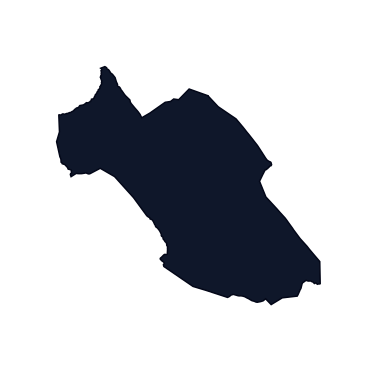 Baruunturuun, Uvs, Mongolia, rotated 49°
{"feature_id": "93677404B97554473591332", "entity_name": "Baruunturuun", "entity_type": "district", "adm_level": 2, "iso_a3": "MNG", "parent_name": "Mongolia", "parent_adm1": "Uvs", "projection": "natural_earth1", "projection_center": [94.759, 49.795], "detail": "fine", "context": "isolated", "style": "filled", "palette": "ink", "viewbox_px": 384, "rotation_deg": 49, "n_neighbors": 0, "source": "geoboundaries", "source_scale": "gbopen_adm2", "svg_char_len": 5784}
<svg xmlns="http://www.w3.org/2000/svg" viewBox="0 0 384 384"><g transform="rotate(49 192 192)"><path d="M345.3,155.4L328.3,141.2L318.0,141.1L312.2,141.0L308.5,140.8L298.1,141.0L287.4,140.2L285.3,139.9L278.4,139.3L275.4,139.0L272.7,138.8L265.1,139.0L260.6,139.0L244.2,139.5L228.2,134.0L225.8,128.4L225.4,127.5L224.3,124.7L223.8,123.8L223.8,123.4L223.6,123.1L223.6,122.8L223.3,122.4L223.5,121.7L223.8,121.3L223.7,120.9L223.8,120.6L223.7,120.2L223.9,119.7L223.9,119.2L223.6,118.1L223.7,117.8L223.8,117.5L223.7,117.2L223.5,116.9L223.5,116.5L223.6,116.0L223.8,115.7L224.0,115.3L223.9,114.9L223.8,114.4L223.6,114.0L221.5,113.0L220.8,113.1L219.2,113.9L217.1,114.4L214.6,114.2L204.3,112.7L202.1,112.4L199.9,112.1L186.8,111.4L182.8,111.3L176.9,111.0L165.7,110.8L163.0,111.5L160.8,112.1L144.8,116.3L131.4,116.8L130.1,116.9L129.9,116.7L129.8,116.8L112.4,126.6L113.6,141.5L109.8,144.8L109.6,148.8L106.7,153.4L104.8,172.0L103.0,181.3L99.4,180.3L95.9,180.0L91.3,180.0L90.7,180.0L86.3,179.9L85.4,179.9L84.5,179.7L83.9,179.7L83.2,179.3L81.7,178.5L76.0,179.0L74.2,179.0L69.6,178.5L68.3,178.5L66.7,178.0L65.1,177.9L63.8,178.6L62.9,178.5L61.9,177.6L59.2,176.8L55.2,175.0L51.0,174.8L48.7,175.3L47.4,175.0L45.8,174.8L44.7,174.8L43.7,175.4L42.1,174.9L40.2,175.5L38.7,179.7L39.2,179.6L39.8,179.6L40.6,179.9L40.8,180.0L40.7,181.0L40.8,181.1L42.0,181.7L43.1,182.9L43.9,183.4L44.2,183.6L44.3,183.9L44.3,184.2L44.4,184.3L44.4,184.5L44.7,184.7L45.1,185.7L45.3,185.9L45.5,186.0L46.0,185.9L46.2,186.1L46.4,186.3L46.6,186.4L47.0,186.5L47.9,186.9L48.3,187.0L48.6,187.0L49.1,187.5L49.3,187.7L49.8,187.9L50.0,188.1L50.1,188.7L50.3,188.8L50.8,189.0L51.2,189.3L51.4,189.8L51.5,190.4L51.6,190.9L51.9,191.2L52.0,191.4L52.0,192.3L52.2,192.5L52.6,192.7L53.0,193.3L53.3,193.7L53.4,194.1L53.4,194.7L53.4,195.3L53.4,195.6L53.4,195.8L53.8,196.3L54.1,196.6L54.3,196.9L54.2,197.7L54.3,198.0L54.8,198.7L54.8,199.0L54.9,199.3L55.2,199.8L55.2,200.1L55.1,200.8L55.1,201.0L55.6,201.6L56.2,203.3L56.5,203.5L56.7,203.8L56.7,204.7L56.8,205.0L57.0,205.2L56.8,205.6L56.6,206.0L56.1,206.8L56.0,207.0L56.6,207.7L56.9,208.4L56.8,209.4L57.0,210.3L56.6,211.4L56.4,211.8L56.4,212.1L56.0,212.5L55.3,213.1L55.3,214.1L55.3,215.0L55.2,215.6L55.0,217.0L54.6,217.5L54.1,218.4L53.8,219.0L53.3,219.6L53.2,219.8L53.2,220.3L53.3,220.7L53.7,221.9L53.7,222.3L53.5,222.5L53.4,222.9L53.4,223.2L52.9,223.9L52.8,224.7L52.9,225.1L53.0,225.4L52.7,226.2L52.7,226.6L53.0,227.8L52.9,228.8L52.6,229.7L52.5,230.6L52.5,231.0L52.3,231.4L52.2,231.6L52.0,231.8L51.7,232.5L51.8,232.7L51.3,233.5L51.2,233.7L51.2,233.9L51.3,234.2L51.2,234.4L51.1,234.6L50.5,235.1L50.4,235.3L50.3,235.8L50.2,236.2L49.9,236.5L49.7,237.1L49.6,237.4L49.4,237.6L49.1,237.7L48.7,237.9L48.4,238.1L48.3,238.3L48.1,238.8L48.0,239.1L48.1,240.0L48.1,240.4L47.9,240.6L47.5,240.8L47.0,241.1L46.5,242.0L59.7,252.6L65.2,261.2L78.8,268.6L80.2,269.0L81.2,269.4L83.0,270.7L83.2,270.9L83.4,271.2L83.7,271.2L84.4,271.0L84.8,271.1L85.1,271.3L85.6,271.4L85.9,271.2L86.1,270.9L86.3,270.7L86.7,270.7L87.0,270.5L87.5,270.1L87.9,269.9L88.4,270.0L89.0,270.0L89.5,270.0L90.1,269.8L90.6,269.9L91.1,269.9L91.7,269.9L92.3,269.9L92.7,270.1L93.0,270.4L93.3,270.4L93.6,270.4L93.9,270.2L94.8,269.5L95.4,269.2L95.9,269.0L96.3,268.8L96.6,268.8L96.8,269.0L97.0,269.3L97.7,269.9L98.8,270.4L98.8,270.7L98.7,271.0L98.5,271.3L98.5,271.5L98.8,272.1L99.1,272.4L99.6,272.6L100.0,272.8L101.1,273.2L102.0,267.1L102.7,266.6L104.1,265.2L105.4,263.7L105.9,263.0L107.4,260.6L107.8,259.8L108.4,259.3L109.9,258.6L110.6,258.1L111.2,257.2L113.9,245.7L129.6,240.3L157.7,239.8L180.4,241.7L180.8,241.6L181.9,241.4L182.3,241.3L182.7,241.1L183.3,240.9L184.0,240.8L184.2,241.0L184.6,241.2L184.9,241.3L185.1,241.2L185.3,240.9L185.9,240.8L186.2,240.7L186.5,240.5L186.8,240.3L187.1,240.2L188.1,240.4L188.6,240.6L189.1,240.6L189.8,240.8L190.8,241.1L192.1,241.5L192.6,241.5L193.3,241.6L193.5,241.7L193.9,242.0L194.9,242.1L195.2,242.1L195.7,241.9L196.0,241.8L196.5,241.7L197.3,241.7L197.8,241.8L198.4,241.7L198.9,241.8L199.6,241.9L200.4,242.0L201.0,242.1L202.4,242.5L203.0,242.6L203.6,242.8L204.1,243.2L204.8,243.8L205.4,243.9L206.1,243.8L207.0,243.6L207.5,243.8L207.8,244.1L208.2,244.4L208.5,244.6L209.0,244.5L209.9,244.6L210.7,244.7L211.4,244.8L211.8,244.9L212.0,244.8L212.3,244.8L212.8,244.7L213.3,244.8L214.0,244.7L214.2,244.9L214.4,245.2L214.6,245.2L214.9,245.2L215.0,245.3L215.0,245.5L215.6,246.0L216.1,246.2L216.7,246.2L217.3,246.1L217.6,246.4L217.6,246.6L217.9,246.9L218.1,247.3L218.5,247.5L219.0,247.9L220.3,249.1L221.0,249.8L221.6,250.4L222.4,251.0L222.6,251.5L222.6,251.9L222.2,252.5L221.4,253.3L221.1,253.7L221.0,254.1L221.0,254.5L221.0,255.0L221.2,257.5L221.2,259.3L221.5,259.8L221.9,260.0L222.4,260.0L222.9,260.0L224.0,259.8L224.6,259.9L224.9,259.8L225.1,259.7L225.5,259.5L226.5,259.4L227.1,259.4L227.7,259.8L227.8,260.3L228.0,260.8L228.1,261.3L229.8,262.1L263.9,253.2L275.5,245.9L294.9,234.3L295.4,232.3L295.4,230.0L295.9,229.2L296.0,228.4L296.4,228.0L297.4,227.3L300.5,225.3L301.5,224.4L301.9,223.8L302.9,222.8L304.0,221.9L305.8,220.8L308.3,219.9L309.6,219.3L313.0,218.2L313.6,217.9L315.3,216.7L316.9,216.0L318.0,215.1L319.8,212.0L320.8,209.7L320.9,206.5L328.9,206.1L331.1,193.3L339.6,180.9L339.0,179.3L337.4,175.9L337.2,175.4L336.7,174.6L336.6,174.2L336.4,173.5L336.4,173.4L336.0,172.7L333.6,169.3L333.3,168.6L333.1,168.1L333.3,166.5L333.4,164.9L333.5,163.8L334.2,163.5L334.6,163.3L335.4,162.7L335.6,162.4L336.0,162.2L336.2,161.8L336.4,161.4L336.7,161.1L336.9,160.9L337.4,160.7L337.9,160.5L338.7,160.2L339.2,159.8L339.5,159.7L339.8,159.7L340.3,159.7L340.8,159.7L341.3,159.7L341.5,159.5L341.6,159.4L341.6,159.1L341.7,158.2L341.9,158.1L342.1,158.0L342.3,158.0L343.1,158.0L343.6,158.0L343.9,157.9L344.1,157.3L344.3,157.0L344.6,156.7L344.8,156.5L344.9,156.3L345.1,155.9L345.3,155.4Z" fill="#0f172a" stroke="#020617" stroke-width="1.5"/></g></svg>